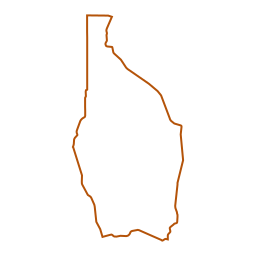 map outline of Tahoua (Robinson projection)
{"feature_id": "NER-95", "entity_name": "Tahoua", "entity_type": "Department", "adm_level": 1, "iso_a3": "NER", "parent_name": "Niger", "parent_adm1": "", "projection": "robinson", "projection_center": [5.147, 16.143], "detail": "fine", "context": "isolated", "style": "outline", "palette": "amber", "viewbox_px": 256, "rotation_deg": 0, "n_neighbors": 0, "source": "natural_earth", "source_scale": "10m", "svg_char_len": 2113}
<svg xmlns="http://www.w3.org/2000/svg" viewBox="0 0 256 256"><path d="M162.2,240.6L161.7,240.3L161.4,240.0L150.2,235.1L139.1,230.2L137.8,229.9L132.0,231.0L130.9,231.6L130.4,232.3L129.7,233.9L129.2,234.6L128.0,235.6L127.5,235.8L126.2,236.1L120.5,235.8L116.5,236.6L114.3,236.5L113.4,236.0L112.5,235.1L111.6,234.6L110.3,234.8L102.5,236.9L100.2,229.1L96.5,222.2L96.3,221.7L94.7,206.5L94.3,204.7L91.3,197.9L90.5,196.7L87.8,194.9L82.2,184.5L81.9,183.6L81.8,181.7L82.0,175.4L73.3,147.6L72.9,147.0L73.4,145.7L73.8,144.0L74.1,139.6L74.4,138.7L75.0,137.7L77.3,135.2L77.3,134.9L77.3,134.6L77.3,134.4L76.8,133.1L76.6,131.8L76.8,130.6L80.3,121.0L80.9,120.0L81.7,119.1L82.6,118.3L84.3,117.3L84.9,116.8L85.2,115.7L85.2,110.7L85.1,106.9L85.1,100.8L85.1,98.0L85.2,97.6L85.7,96.7L85.9,96.2L85.7,91.8L85.8,91.0L86.0,90.2L86.3,90.1L86.7,90.0L87.2,89.6L87.2,84.9L87.2,82.0L87.2,76.5L87.2,70.9L87.2,65.4L87.2,59.8L87.2,54.2L87.2,48.7L87.2,45.5L87.2,43.1L87.2,37.5L87.1,32.0L87.1,26.4L87.1,20.8L87.1,15.4L87.7,15.4L108.2,15.6L111.9,16.8L106.8,28.6L106.5,29.7L106.4,30.0L106.4,30.8L106.6,31.8L106.8,32.5L106.9,33.0L106.9,33.3L106.9,33.5L106.9,33.8L106.6,34.7L106.5,35.0L106.9,40.3L106.8,40.9L105.7,42.9L105.5,43.5L105.5,44.0L105.5,44.3L105.6,44.7L105.8,45.2L106.2,46.0L106.8,46.3L107.5,46.5L111.6,46.9L112.2,47.1L112.4,47.7L113.3,52.2L113.6,52.9L114.1,53.5L120.9,59.7L126.1,67.6L127.0,68.5L127.8,69.2L148.8,83.7L157.6,91.1L161.0,95.3L161.2,95.7L169.8,118.5L169.9,119.0L170.6,120.3L170.9,120.6L171.1,120.9L173.8,123.1L174.3,123.5L174.6,123.6L180.7,125.4L181.3,125.8L181.5,126.4L181.5,127.1L180.7,134.4L183.1,160.2L177.5,182.9L177.5,183.8L177.5,184.6L175.2,205.8L175.3,207.2L175.5,208.3L176.7,211.6L176.9,212.1L177.0,213.1L177.3,214.3L177.5,214.8L177.5,217.0L177.2,221.8L177.0,222.6L176.9,222.8L176.3,223.1L175.9,223.3L174.6,223.6L174.4,223.7L174.2,223.8L173.6,224.5L173.2,224.8L170.7,226.8L170.1,227.4L169.8,227.9L169.8,228.6L170.3,231.0L170.3,231.8L169.8,232.5L168.5,233.9L168.0,234.6L167.8,235.4L167.8,236.1L167.8,238.7L167.8,239.4L165.7,238.9L164.9,239.1L162.7,240.5L162.2,240.6Z" fill="none" stroke="#b45309" stroke-width="2"/></svg>